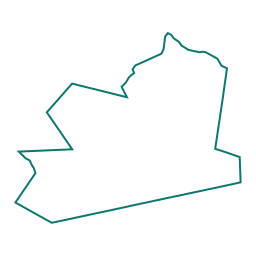 the district of Curralinhos, Piauí, Brazil
{"feature_id": "56859067B11592620303121", "entity_name": "Curralinhos", "entity_type": "district", "adm_level": 2, "iso_a3": "BRA", "parent_name": "Brazil", "parent_adm1": "Piauí", "projection": "orthographic", "projection_center": [-42.84, -5.603], "detail": "fine", "context": "isolated", "style": "outline", "palette": "teal", "viewbox_px": 256, "rotation_deg": 0, "n_neighbors": 0, "source": "geoboundaries", "source_scale": "gbopen_adm2", "svg_char_len": 720}
<svg xmlns="http://www.w3.org/2000/svg" viewBox="0 0 256 256"><path d="M227.0,68.3L221.5,65.8L217.4,58.7L205.7,52.2L202.9,51.7L199.4,52.3L196.2,51.5L193.3,51.0L188.3,49.8L181.3,45.4L179.1,42.0L173.7,38.3L171.2,34.8L167.8,33.2L165.2,36.4L163.6,48.9L161.4,53.7L135.3,65.5L132.6,69.5L134.2,73.0L131.3,75.1L128.7,77.7L125.9,82.5L121.6,86.8L126.9,97.2L121.9,96.0L72.1,83.6L56.9,100.9L46.8,112.3L65.2,139.1L72.2,149.3L18.8,151.6L25.7,158.4L29.8,160.5L31.9,165.2L33.9,168.3L35.4,173.2L15.4,202.5L37.5,214.9L51.8,222.8L88.6,214.9L124.7,207.2L130.5,205.9L166.0,198.3L196.7,191.8L232.7,184.1L235.8,183.4L240.6,182.3L239.7,157.1L226.9,152.6L215.2,148.8L222.2,102.0L227.0,68.3Z" fill="none" stroke="#0f766e" stroke-width="2"/></svg>